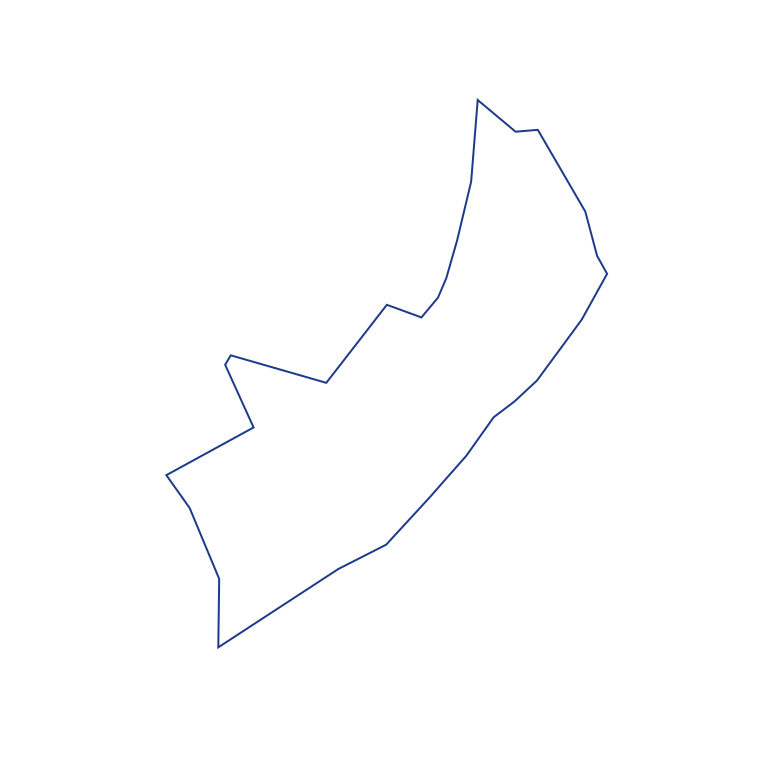 Mapo-gu, Seoul, South Korea, rotated 286°
{"feature_id": "91817680B14643286354390", "entity_name": "Mapo-gu", "entity_type": "district", "adm_level": 2, "iso_a3": "KOR", "parent_name": "South Korea", "parent_adm1": "Seoul", "projection": "orthographic", "projection_center": [126.921, 37.552], "detail": "fine", "context": "isolated", "style": "outline", "palette": "blue", "viewbox_px": 768, "rotation_deg": 286, "n_neighbors": 0, "source": "geoboundaries", "source_scale": "gbopen_adm2", "svg_char_len": 524}
<svg xmlns="http://www.w3.org/2000/svg" viewBox="0 0 768 768"><g transform="rotate(286 384 384)"><path d="M85.2,297.3L193.6,391.1L230.2,430.4L287.9,459.3L305.7,467.7L337.7,482.9L382.3,498.6L403.3,514.3L429.5,530.1L500.3,556.3L551.4,568.1L565.8,553.6L605.2,530.0L670.7,461.8L662.8,440.9L682.8,395.8L602.5,412.0L542.2,414.7L502.9,414.7L481.9,412.1L458.3,401.6L460.9,364.9L369.2,328.2L369.3,228.8L358.7,226.0L306.3,270.6L236.4,199.9L211.2,231.4L151.2,279.3L85.2,297.3Z" fill="none" stroke="#1e3a8a" stroke-width="2"/></g></svg>